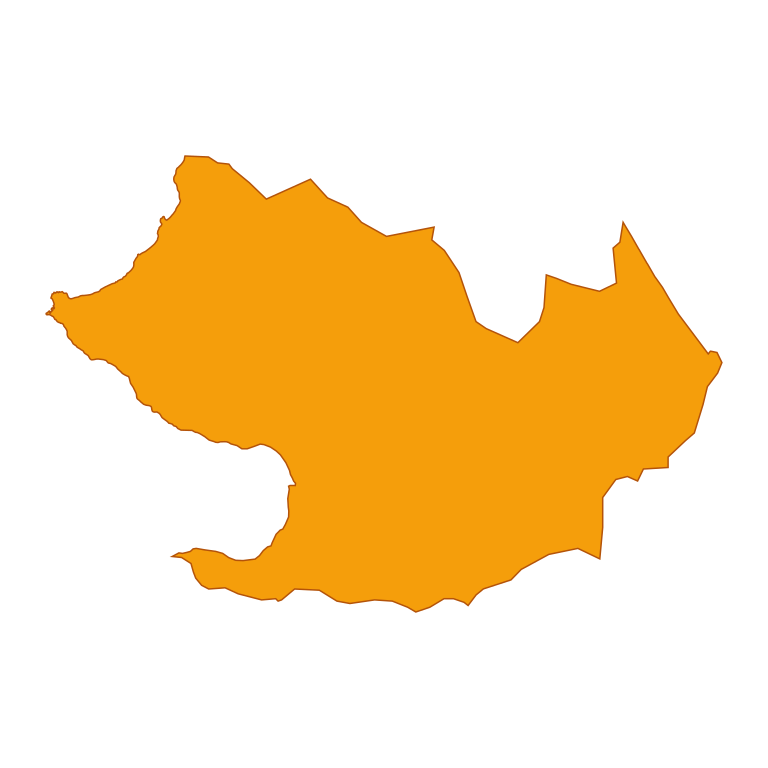 outline of Anse La Verdue, Anse-la-Raye, Saint Lucia
{"feature_id": "8701671B11621920628841", "entity_name": "Anse La Verdue", "entity_type": "district", "adm_level": 2, "iso_a3": "LCA", "parent_name": "Saint Lucia", "parent_adm1": "Anse-la-Raye", "projection": "orthographic", "projection_center": [-61.06, 13.91], "detail": "fine", "context": "isolated", "style": "filled", "palette": "amber", "viewbox_px": 768, "rotation_deg": 0, "n_neighbors": 0, "source": "geoboundaries", "source_scale": "gbopen_adm2", "svg_char_len": 5951}
<svg xmlns="http://www.w3.org/2000/svg" viewBox="0 0 768 768"><path d="M623.1,222.3L619.9,242.2L613.1,248.1L616.5,283.1L599.5,291.3L571.2,284.3L556.5,278.4L546.3,274.9L544.0,307.6L539.5,321.6L517.9,342.7L486.2,328.6L476.0,321.6L466.9,296.0L459.0,272.6L444.3,250.4L431.8,239.9L434.1,227.1L386.5,236.4L361.5,222.4L347.9,207.2L327.5,197.9L310.5,179.2L266.3,199.1L249.3,182.7L232.3,168.7L228.9,164.1L217.6,162.9L208.5,157.0L185.0,156.0L184.7,157.1L184.2,160.1L183.0,162.1L181.6,164.0L180.6,165.1L179.2,166.4L178.5,167.2L177.3,168.1L176.9,168.5L176.0,170.9L176.0,172.2L175.7,174.1L174.1,176.8L173.9,177.7L173.8,178.6L173.8,179.8L174.2,181.6L174.9,182.7L176.0,183.8L176.4,184.3L177.2,187.0L177.3,188.3L177.6,189.9L178.6,191.4L179.1,192.3L179.3,193.1L179.3,196.7L179.5,198.2L179.8,199.2L180.2,200.0L180.4,200.6L180.3,201.4L179.2,204.1L177.5,206.4L176.1,208.8L175.8,209.8L175.5,210.7L173.1,214.0L172.3,214.8L170.5,217.0L169.2,218.3L167.1,219.9L166.5,220.1L166.1,219.9L165.2,219.2L164.7,218.5L164.1,216.7L163.7,216.5L163.1,216.7L162.7,217.0L162.4,217.5L162.1,218.1L161.9,218.2L160.9,218.6L160.7,218.8L160.5,219.5L160.3,221.0L160.6,222.2L161.6,223.5L161.8,224.3L161.7,224.7L161.1,225.8L159.8,227.0L159.2,227.6L159.0,228.2L159.0,228.9L157.8,231.2L157.8,232.2L157.5,233.1L157.5,233.7L158.1,234.6L158.2,235.1L158.3,236.8L157.7,238.2L157.4,240.0L154.7,243.8L153.0,245.4L149.3,248.5L145.4,251.5L142.2,253.0L140.9,253.8L140.3,254.3L140.1,254.6L139.4,254.6L138.5,254.2L137.8,254.6L137.6,256.1L137.4,256.6L136.1,258.2L133.8,262.3L133.8,263.6L133.9,264.0L133.7,266.0L133.4,267.1L133.2,267.5L132.2,268.9L131.0,270.4L128.3,272.9L127.9,273.1L127.4,273.1L127.2,273.4L126.8,273.9L126.6,274.6L126.3,275.0L125.6,276.0L124.7,276.6L124.3,276.7L123.7,277.0L123.1,277.6L122.4,278.9L121.7,279.2L121.1,279.3L119.7,279.9L118.5,280.5L118.0,280.7L117.3,281.6L116.8,282.0L115.8,281.9L115.6,282.2L115.4,282.6L115.0,283.0L112.2,283.7L105.5,286.8L100.7,289.5L99.7,291.0L98.4,291.8L95.1,292.6L94.1,293.0L92.6,293.9L90.2,294.7L86.7,295.2L83.8,295.5L82.4,295.5L80.6,295.8L79.8,296.2L78.3,297.0L77.2,297.2L75.0,297.6L72.7,298.4L71.1,298.8L70.0,298.6L68.9,298.0L68.1,296.9L67.1,294.1L66.8,293.6L66.4,293.2L65.9,293.2L64.0,293.3L62.3,291.7L60.3,292.2L59.8,292.2L59.6,291.9L59.3,291.8L59.1,291.8L58.6,292.1L58.6,292.5L58.4,292.6L57.4,291.9L57.1,291.9L57.2,292.3L56.1,292.4L55.7,293.0L55.2,292.9L54.6,292.5L54.0,292.4L53.7,293.0L53.7,293.5L53.4,293.8L52.5,293.9L52.2,294.0L52.1,294.3L51.6,296.1L51.0,297.7L51.0,298.1L51.1,298.3L51.7,298.5L52.2,298.9L52.5,299.5L53.3,301.3L54.1,303.8L54.2,304.6L54.0,305.1L53.6,305.3L53.3,305.7L53.3,306.1L53.8,306.5L54.1,307.5L54.4,307.8L54.3,308.3L54.1,308.6L53.8,308.8L53.5,308.8L53.3,308.6L53.0,308.1L52.8,307.8L52.2,308.0L51.7,308.3L51.5,308.6L51.3,309.3L51.4,309.5L51.7,309.7L52.6,310.1L52.6,310.3L52.6,310.5L52.4,310.7L51.5,311.2L51.2,311.6L50.6,312.6L50.4,313.1L50.1,313.2L49.9,312.9L49.7,312.4L49.7,311.8L49.8,311.4L49.6,311.1L49.2,311.0L48.2,311.9L47.2,313.0L46.5,313.0L46.2,313.4L46.1,313.9L46.2,314.2L46.5,314.6L47.0,314.8L48.8,314.6L49.5,314.7L49.9,314.8L51.6,315.7L52.0,316.1L53.2,316.6L54.0,317.7L54.8,319.3L55.4,319.6L55.6,319.5L56.0,319.8L56.8,321.0L57.4,321.7L58.9,322.5L59.9,322.7L60.2,322.9L60.4,323.2L62.2,323.5L63.3,324.4L63.7,325.4L63.9,326.1L64.2,326.5L65.6,328.2L66.7,330.1L67.1,331.1L67.2,331.6L67.2,334.7L67.6,336.2L68.0,337.0L68.5,337.8L69.0,338.3L71.4,340.5L72.8,343.1L73.2,343.8L74.8,345.0L75.8,345.5L76.2,345.9L76.6,346.6L77.3,347.3L79.7,348.7L81.2,349.8L82.7,350.6L83.4,351.2L83.8,352.1L84.4,353.0L85.0,353.5L87.2,354.9L88.1,355.5L88.5,356.1L89.9,358.6L90.7,359.4L91.4,359.8L92.3,359.8L93.3,359.7L95.0,359.4L96.3,359.1L98.2,359.0L102.2,359.5L103.3,359.6L105.5,360.3L106.3,360.6L107.9,362.6L108.4,363.0L110.2,363.4L111.2,363.8L113.5,365.1L115.5,366.3L116.2,367.0L117.7,369.0L120.3,371.3L121.0,371.9L121.5,372.6L122.8,373.7L125.0,375.0L127.3,376.1L127.9,376.2L128.6,376.6L129.4,378.5L129.6,379.6L130.6,383.4L133.1,387.1L135.9,392.8L136.3,393.8L136.5,394.7L136.6,396.4L136.8,397.7L137.0,398.3L137.5,399.0L139.4,400.5L141.2,402.3L142.5,403.3L143.5,404.2L145.3,404.9L146.2,405.2L149.1,405.6L150.0,405.9L150.8,406.3L151.2,406.7L151.5,407.5L151.8,409.5L152.2,410.9L152.5,411.3L153.0,411.7L153.5,411.9L154.2,412.1L156.9,412.0L159.0,413.2L160.1,414.3L162.0,417.5L163.2,418.5L166.8,421.1L168.0,422.2L168.8,423.2L170.4,423.5L172.4,424.2L173.6,425.7L176.3,426.6L177.8,428.5L181.0,430.1L192.1,430.4L194.3,431.7L195.6,432.3L197.3,432.5L199.8,433.6L205.0,436.8L207.5,438.8L209.2,440.1L213.8,441.5L215.8,442.3L218.0,442.5L220.4,441.8L224.9,441.7L226.6,441.8L228.7,442.5L230.9,443.9L237.1,445.6L241.9,448.8L247.2,448.8L254.4,446.3L260.2,444.1L264.0,444.6L270.5,447.1L276.3,451.0L280.4,454.8L285.9,462.7L289.5,470.4L290.5,474.6L292.4,478.1L293.6,481.0L295.5,483.3L295.3,485.5L290.0,485.5L288.6,486.2L289.3,489.2L287.8,498.6L288.3,507.3L288.8,511.0L288.6,517.0L285.4,524.4L282.8,529.1L280.2,530.1L276.1,534.3L272.2,542.7L271.0,545.9L267.6,546.9L263.3,550.6L259.5,555.6L255.1,559.1L243.1,560.6L235.7,560.3L228.7,557.6L222.7,553.4L215.7,551.4L204.9,549.9L196.2,548.4L193.1,548.9L190.4,551.4L186.8,552.4L182.5,553.4L178.9,552.9L172.2,556.5L181.6,557.5L191.0,563.5L193.4,572.0L195.7,578.1L201.6,585.3L208.7,589.0L225.1,587.8L238.1,593.8L261.6,599.9L275.7,598.7L278.1,601.1L281.6,599.9L294.6,589.0L319.3,590.2L336.9,601.1L349.9,603.5L374.6,599.9L392.3,601.1L407.6,607.2L415.8,612.0L429.9,607.2L444.0,598.7L453.5,598.7L464.0,602.3L468.1,605.5L476.1,594.9L483.4,588.9L511.0,579.9L521.2,569.4L548.8,554.4L577.9,548.4L599.8,558.9L602.7,527.4L602.7,497.5L615.8,479.5L627.4,476.5L637.6,481.0L643.4,469.0L668.1,467.5L668.1,457.0L685.6,440.5L694.3,433.0L703.0,404.6L707.4,386.6L717.6,373.1L721.9,362.6L717.0,352.5L712.8,351.6L710.7,351.2L710.4,351.2L708.2,353.9L678.3,314.0L668.6,297.9L662.5,287.4L655.3,277.3L655.0,277.0L647.5,264.0L646.9,263.2L639.0,249.4L638.8,249.2L631.6,236.5L625.1,225.7L623.1,222.3Z" fill="#f59e0b" stroke="#b45309" stroke-width="1.5"/></svg>